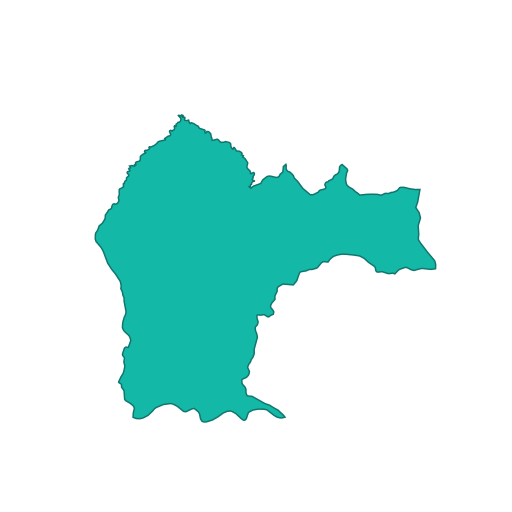 Vijes, Valle del Cauca, Colombia, rotated 67°
{"feature_id": "7082276B51677864129735", "entity_name": "Vijes", "entity_type": "district", "adm_level": 2, "iso_a3": "COL", "parent_name": "Colombia", "parent_adm1": "Valle del Cauca", "projection": "albers", "projection_center": [-76.484, 3.756], "detail": "fine", "context": "isolated", "style": "filled", "palette": "teal", "viewbox_px": 512, "rotation_deg": 67, "n_neighbors": 0, "source": "geoboundaries", "source_scale": "gbopen_adm2", "svg_char_len": 6139}
<svg xmlns="http://www.w3.org/2000/svg" viewBox="0 0 512 512"><g transform="rotate(67 256 256)"><path d="M415.7,292.3L413.1,293.0L406.4,296.0L402.0,299.5L398.6,301.8L395.4,305.4L383.6,314.5L381.6,318.3L380.9,318.7L379.6,318.9L377.4,318.5L375.0,317.4L373.6,317.3L372.1,317.4L369.0,318.5L367.4,318.5L364.7,317.6L364.1,316.7L364.0,312.3L362.9,309.8L361.8,308.5L359.8,307.2L356.1,307.3L354.8,307.0L352.8,304.9L351.4,302.5L349.5,300.9L348.2,298.7L346.3,296.7L344.8,295.6L341.1,294.1L331.4,286.5L327.9,285.7L324.8,285.7L322.1,284.9L321.1,284.3L319.9,281.7L318.3,280.3L317.0,279.7L313.5,279.4L311.3,278.4L310.9,277.9L311.0,277.0L312.0,275.4L312.6,273.7L312.9,272.1L313.6,271.0L316.6,269.0L316.8,268.4L317.0,267.7L316.4,265.8L316.4,262.9L314.7,261.6L314.0,261.4L311.7,261.8L309.1,262.6L308.1,262.3L306.7,261.3L305.4,259.7L303.3,255.4L301.1,254.7L299.8,253.8L296.7,250.3L294.3,249.3L293.3,248.4L292.9,247.0L292.3,242.2L297.2,232.9L294.7,228.2L288.5,222.5L288.2,221.8L288.0,221.0L289.3,215.5L289.2,212.5L290.3,209.5L290.9,205.0L290.5,203.6L287.9,198.6L287.5,197.0L287.6,195.9L289.6,192.3L289.6,191.8L288.1,189.5L287.0,186.6L286.6,184.5L286.9,180.6L287.8,176.4L289.4,172.8L293.1,166.0L296.1,161.1L297.0,160.1L300.5,157.3L305.8,154.9L311.7,151.1L313.2,150.7L316.3,151.4L317.1,151.3L317.7,151.1L318.6,149.8L319.5,146.6L320.2,145.4L323.5,141.7L324.4,140.0L325.1,137.0L326.7,135.2L324.6,130.3L324.4,128.7L324.8,123.2L325.5,121.7L329.4,118.4L331.0,116.3L332.0,109.1L332.6,107.5L336.7,100.1L337.9,95.7L334.2,94.0L331.7,93.5L329.8,93.5L319.0,96.8L308.0,99.6L304.9,100.1L303.6,99.9L299.6,97.7L291.5,94.9L285.2,89.7L279.9,88.9L273.8,90.0L269.5,86.1L258.8,79.1L257.1,83.3L254.2,88.2L250.7,92.8L249.3,96.0L249.3,97.2L250.8,99.9L251.0,102.4L250.9,105.0L250.3,106.7L250.3,109.4L248.8,112.7L249.0,116.8L247.8,118.8L246.8,119.9L244.7,124.5L242.5,130.0L240.5,136.7L238.3,137.6L235.7,139.3L232.3,140.8L228.5,143.7L225.9,144.7L223.4,144.4L220.2,143.5L215.0,140.2L213.4,138.4L212.4,138.1L211.3,138.2L205.4,141.0L205.7,142.7L206.7,144.3L210.6,146.3L212.0,148.3L212.4,149.6L212.3,150.9L212.8,152.7L213.8,154.1L214.6,154.7L215.1,156.0L215.2,159.7L215.9,160.9L215.5,162.3L215.8,163.3L216.9,164.5L217.7,164.9L220.1,164.7L221.2,166.1L220.4,171.2L220.7,172.4L221.6,173.9L221.9,179.4L220.8,182.1L212.1,186.5L203.7,188.5L199.2,190.3L196.5,190.2L194.1,191.0L191.9,192.1L190.6,193.6L189.0,194.2L187.1,194.1L184.5,192.8L183.3,192.7L184.3,195.8L189.2,198.5L190.1,201.7L191.9,203.9L191.9,205.7L191.6,206.7L187.9,211.8L187.3,213.6L187.2,214.9L188.5,219.9L191.1,223.3L190.7,231.0L191.6,234.3L189.5,235.3L189.7,233.9L188.5,233.4L188.2,233.1L188.3,232.2L186.8,231.2L186.3,230.1L186.5,228.3L186.1,228.1L184.8,229.5L183.9,229.5L182.9,228.1L182.0,228.0L180.5,225.8L179.5,225.3L178.8,225.2L178.1,225.8L178.4,227.9L177.9,228.8L177.0,228.3L175.3,228.3L174.3,228.6L173.9,229.1L171.0,229.8L169.9,229.3L167.1,227.2L162.4,228.0L160.7,228.8L159.8,229.5L158.7,228.4L157.3,229.8L156.2,228.8L155.1,228.9L152.9,230.5L151.8,232.9L147.8,233.5L147.5,234.1L148.7,235.4L148.4,235.9L145.8,236.4L142.8,235.5L141.3,236.0L138.8,239.3L138.7,241.4L137.9,243.0L137.8,243.9L136.6,244.5L134.2,245.3L133.3,246.1L132.6,250.9L132.0,251.2L130.8,250.7L128.6,250.6L125.7,249.9L123.1,251.0L122.2,252.5L123.2,254.2L123.1,254.6L121.3,254.4L120.8,253.9L120.0,254.0L116.3,258.2L113.9,258.5L112.5,259.8L110.3,261.2L108.4,263.0L107.9,263.6L108.4,264.5L108.1,265.1L106.9,265.3L104.6,264.9L104.3,267.1L103.3,268.5L102.5,268.6L101.1,267.4L100.5,267.5L99.6,269.4L98.9,269.4L98.7,268.2L98.0,268.4L97.1,269.2L97.2,270.0L97.7,270.4L97.7,270.9L96.3,271.9L96.4,272.6L99.7,271.5L100.8,271.7L101.9,272.4L102.9,273.8L102.5,275.6L103.2,276.7L103.5,278.1L105.1,278.6L105.4,279.2L104.3,279.9L104.3,280.1L104.9,280.7L106.8,281.1L107.9,282.1L107.8,283.6L108.2,284.4L107.0,285.3L107.0,286.4L107.8,287.1L110.5,286.9L111.5,287.8L111.7,289.1L111.3,289.9L112.1,293.8L112.3,294.2L113.3,293.8L113.7,294.1L112.6,300.3L112.8,302.0L113.6,303.1L114.5,306.3L114.6,310.2L113.8,311.4L114.3,312.1L115.3,311.9L115.9,312.8L116.2,314.9L115.5,316.4L115.6,317.2L116.5,317.9L117.6,317.1L118.0,317.2L118.2,320.7L119.1,323.5L122.1,324.9L122.8,325.6L123.1,327.0L122.7,328.8L122.9,330.2L123.5,330.7L124.9,330.7L125.2,331.1L124.6,331.9L124.6,332.3L125.7,332.5L125.9,333.0L125.7,333.5L124.9,334.0L124.3,334.8L123.9,335.8L124.3,336.5L123.9,337.2L125.7,337.0L125.7,338.6L126.0,339.1L127.7,338.6L128.4,338.9L128.2,340.9L128.3,341.5L129.0,342.1L129.8,342.1L131.6,341.4L132.5,341.9L133.4,344.6L135.6,345.7L136.0,347.5L137.7,348.9L137.5,349.4L137.8,350.0L140.4,350.8L141.0,353.3L141.0,355.3L141.6,356.1L146.0,357.8L148.3,359.9L151.2,360.4L151.9,360.9L153.2,362.6L153.5,363.9L153.3,365.3L152.5,366.2L152.4,367.2L153.4,368.8L155.7,370.5L156.0,371.6L156.0,373.6L157.3,375.2L159.5,378.7L162.2,380.0L163.4,381.2L165.8,384.6L167.0,388.6L170.4,391.7L172.1,394.4L173.4,395.4L177.5,397.3L180.1,397.6L187.1,395.4L190.2,394.9L192.9,394.8L204.6,395.3L211.7,394.1L217.5,392.4L226.0,390.9L228.6,391.2L231.1,391.9L233.3,393.2L236.5,393.0L240.0,393.8L243.1,393.8L245.8,395.0L256.1,397.3L257.5,397.9L259.5,399.5L260.7,401.0L264.3,404.0L267.1,405.7L269.9,407.0L272.8,406.9L275.1,406.1L279.6,404.0L282.8,403.9L284.9,404.3L290.2,409.2L289.0,411.5L289.4,413.1L294.0,417.2L295.3,417.6L297.7,417.0L298.7,417.0L301.8,419.0L306.2,419.8L309.8,422.2L312.1,424.1L314.5,427.5L318.2,431.6L318.8,431.8L320.9,430.3L321.8,430.1L324.2,431.0L328.4,430.1L336.6,432.9L338.2,432.5L342.5,429.3L344.6,428.2L345.8,427.6L347.9,427.3L348.6,427.4L352.7,430.4L356.5,432.2L358.8,429.8L360.3,426.7L360.8,424.2L360.9,422.4L360.5,417.6L358.3,411.8L357.0,409.3L356.5,407.2L356.5,399.4L358.4,392.4L359.6,390.5L363.5,387.2L370.2,383.7L371.1,383.0L372.0,381.1L371.7,374.7L372.2,372.4L377.1,369.9L379.5,369.7L384.3,370.7L387.0,370.3L388.0,369.4L388.9,367.8L389.5,365.2L389.9,360.1L389.2,354.0L387.7,347.3L387.7,343.3L388.6,340.3L389.4,339.1L393.2,336.1L399.8,333.2L401.7,332.1L402.6,331.1L402.7,330.1L402.0,328.5L398.0,325.0L397.2,324.1L396.9,323.1L396.6,319.0L397.8,313.8L400.0,308.8L401.8,306.1L409.7,301.7L412.3,299.8L413.5,298.4L414.7,296.6L415.3,294.9L415.7,292.3Z" fill="#14b8a6" stroke="#0f766e" stroke-width="1.5"/></g></svg>